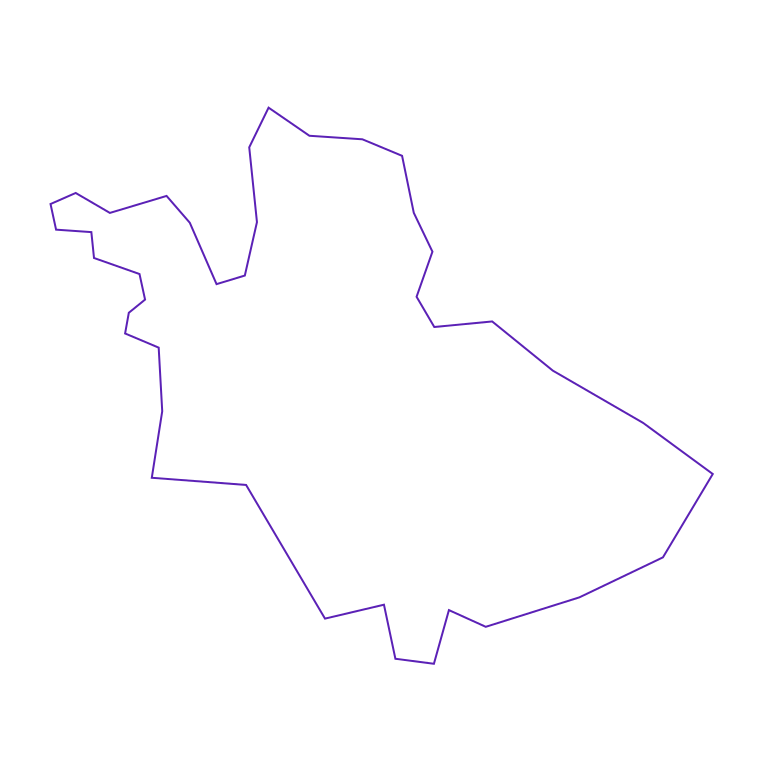 the district of Yangibazar, Khorezm, Uzbekistan, rotated 177°
{"feature_id": "79887680B22803301231900", "entity_name": "Yangibazar", "entity_type": "district", "adm_level": 2, "iso_a3": "UZB", "parent_name": "Uzbekistan", "parent_adm1": "Khorezm", "projection": "equal_earth", "projection_center": [60.467, 41.675], "detail": "fine", "context": "isolated", "style": "outline", "palette": "violet", "viewbox_px": 768, "rotation_deg": 177, "n_neighbors": 0, "source": "geoboundaries", "source_scale": "gbopen_adm2", "svg_char_len": 657}
<svg xmlns="http://www.w3.org/2000/svg" viewBox="0 0 768 768"><g transform="rotate(177 384 384)"><path d="M354.0,610.9L392.8,629.5L445.5,635.8L484.8,666.0L506.2,627.4L502.4,552.3L517.3,499.6L546.0,492.5L569.5,555.2L591.3,583.2L648.8,569.2L681.9,590.9L707.6,581.2L703.4,555.3L668.3,551.0L667.0,525.0L622.4,506.6L618.2,480.8L635.1,468.5L639.9,448.0L607.1,432.1L606.9,368.4L620.8,302.5L527.0,290.4L455.2,152.8L395.6,163.6L387.0,109.0L348.8,102.0L331.0,154.8L295.1,136.2L200.1,160.7L114.5,196.3L60.4,276.9L127.3,331.6L214.7,388.5L272.7,440.8L330.8,438.3L346.9,469.4L328.7,513.6L345.3,553.4L354.0,610.9Z" fill="none" stroke="#5b21b6" stroke-width="2"/></g></svg>